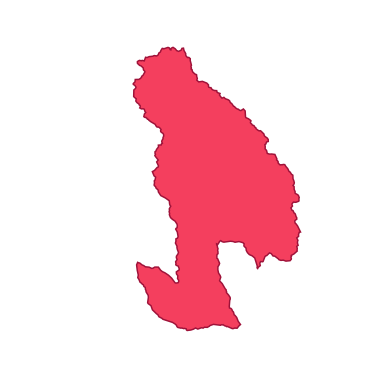 Huari, Áncash, Peru (Natural Earth projection), rotated 149°
{"feature_id": "86281439B67928144642776", "entity_name": "Huari", "entity_type": "district", "adm_level": 2, "iso_a3": "PER", "parent_name": "Peru", "parent_adm1": "Áncash", "projection": "natural_earth1", "projection_center": [-77.04, -9.456], "detail": "fine", "context": "isolated", "style": "filled", "palette": "rose", "viewbox_px": 384, "rotation_deg": 149, "n_neighbors": 0, "source": "geoboundaries", "source_scale": "gbopen_adm2", "svg_char_len": 6058}
<svg xmlns="http://www.w3.org/2000/svg" viewBox="0 0 384 384"><g transform="rotate(149 192 192)"><path d="M147.1,84.4L143.3,82.6L141.6,83.2L141.1,83.8L140.8,85.2L139.8,85.7L139.6,86.5L136.4,86.4L132.2,87.2L132.1,87.8L130.8,89.5L130.2,91.5L128.5,91.6L127.9,94.0L126.7,95.6L126.1,96.0L125.9,98.7L123.4,99.1L122.6,100.7L120.8,102.2L119.6,101.8L119.0,108.4L119.2,111.0L119.6,112.1L119.4,112.9L118.9,114.2L118.1,114.6L116.2,114.7L115.4,116.2L115.5,117.2L114.8,119.9L114.9,120.8L115.3,121.4L115.0,124.0L115.7,124.8L115.4,127.4L113.1,128.2L112.8,129.7L112.3,130.4L110.3,131.1L108.3,129.7L105.3,129.1L104.8,129.4L103.7,131.4L103.0,131.9L102.6,133.7L102.7,135.1L104.2,137.6L104.1,138.2L103.4,139.3L103.1,141.6L101.7,144.1L102.1,145.5L100.3,146.4L99.5,147.3L98.9,149.3L98.6,151.3L96.9,154.5L97.6,156.1L97.6,158.5L98.2,159.5L97.9,162.8L98.4,165.5L98.4,167.7L99.7,168.7L100.9,168.9L101.5,169.5L102.5,169.8L103.1,171.7L103.2,172.7L102.6,173.4L102.6,174.9L103.0,176.0L102.2,176.6L101.6,181.5L104.1,183.5L106.1,184.6L107.6,186.3L106.7,189.2L107.1,191.4L105.9,193.1L105.1,195.1L104.0,195.1L102.3,196.5L100.6,196.0L99.6,197.8L99.7,199.5L100.8,201.9L101.0,203.1L100.5,204.7L101.4,208.4L101.8,209.3L102.9,209.8L103.4,210.5L104.0,211.8L104.5,213.3L104.2,214.2L104.7,215.1L104.7,217.0L105.8,218.3L105.8,219.5L106.3,220.8L106.1,221.6L104.8,222.6L104.9,223.3L105.9,225.7L107.5,228.0L107.4,228.9L104.7,234.1L105.2,236.7L108.1,236.6L109.1,237.5L109.6,239.1L110.3,239.6L111.3,241.6L111.6,243.4L112.2,244.1L112.4,247.5L113.1,248.8L112.8,250.8L113.0,251.4L113.5,252.5L115.4,254.8L115.9,256.7L117.9,257.0L118.2,257.7L118.5,261.0L117.2,262.0L118.6,263.6L119.1,264.7L118.6,266.2L120.2,267.2L121.3,268.4L122.0,269.6L122.0,271.7L122.6,272.0L123.7,273.3L123.4,274.3L122.7,275.3L123.2,277.7L126.1,281.5L129.5,282.9L130.3,285.4L129.0,286.5L128.4,288.8L127.7,290.0L127.9,290.6L128.5,291.1L129.5,294.1L129.4,295.7L128.9,297.0L129.4,297.9L128.6,298.8L128.1,300.4L127.2,300.9L125.8,305.6L124.8,307.2L125.4,309.0L126.6,309.6L127.0,311.6L126.9,312.5L126.1,313.9L126.0,317.4L125.2,319.7L126.6,320.3L128.2,319.2L131.0,319.4L132.3,321.1L132.6,323.3L133.7,325.7L134.3,325.9L136.0,325.9L136.9,324.7L137.4,325.2L137.3,327.3L138.1,328.3L142.5,329.3L143.0,330.1L143.6,330.4L145.8,329.3L147.0,328.3L148.9,328.2L150.2,327.0L151.9,326.8L152.5,327.0L154.1,328.4L155.7,328.6L159.0,330.1L161.3,330.4L162.4,331.4L165.4,329.0L167.0,330.5L167.7,330.5L169.3,331.9L170.9,332.0L171.8,331.8L172.5,330.3L171.7,327.5L170.8,326.5L169.9,323.6L170.7,321.6L170.3,319.8L170.5,319.2L174.0,317.2L175.6,317.1L175.9,316.5L177.7,315.9L179.6,315.9L182.7,317.7L184.1,315.8L186.5,315.2L186.9,314.4L186.1,312.9L186.0,310.7L187.0,309.9L189.3,309.4L192.8,303.9L192.6,302.7L191.8,300.7L193.3,298.9L193.3,298.3L193.1,296.8L192.2,294.8L192.4,293.7L191.9,292.9L192.5,291.6L193.5,291.0L192.6,289.3L190.9,288.4L190.3,287.5L190.8,285.5L190.7,284.0L192.6,283.4L194.5,281.4L194.0,280.3L193.1,279.6L193.0,278.9L192.7,278.6L192.7,277.4L192.1,276.8L192.0,275.7L191.1,273.4L188.7,269.0L188.8,267.0L188.5,265.7L187.3,264.9L186.7,263.9L186.3,261.5L187.3,260.8L187.7,259.9L187.5,258.8L186.7,257.3L186.7,256.1L187.4,254.6L188.9,253.5L189.4,252.6L191.5,251.4L192.1,250.6L192.3,249.0L193.4,249.0L194.1,248.2L196.7,249.5L197.5,247.9L200.4,246.8L201.8,245.7L202.9,245.6L203.8,244.2L203.9,243.1L205.0,242.5L205.1,241.6L204.5,236.8L206.8,236.0L207.3,231.6L208.2,230.8L209.3,231.0L213.0,229.8L215.5,229.9L216.2,225.3L215.5,223.5L217.4,221.4L218.6,221.0L219.4,219.2L220.8,217.6L221.0,216.9L220.5,215.4L220.8,213.6L220.1,211.6L220.2,210.6L220.8,209.4L220.6,205.0L217.9,200.6L216.0,196.2L217.4,193.2L217.7,192.0L217.5,190.8L220.1,189.3L221.0,187.5L221.7,187.0L222.3,185.0L223.1,184.2L223.6,181.1L222.9,178.7L221.5,175.7L221.4,172.2L221.7,171.1L223.1,169.1L224.5,169.0L225.1,168.6L225.2,165.3L226.9,160.9L228.3,159.9L229.7,160.2L230.0,160.0L231.1,158.1L232.5,156.8L232.8,153.2L233.6,152.0L234.2,150.1L234.7,147.2L236.0,146.1L238.4,145.0L239.3,143.7L239.5,141.9L242.0,140.6L242.6,138.9L243.3,138.1L243.3,137.3L242.0,135.6L242.5,132.7L243.1,131.9L246.6,131.6L247.5,129.8L247.3,127.5L249.0,125.2L248.9,123.2L249.6,122.0L250.6,121.4L252.7,122.2L253.3,123.0L253.8,128.6L255.0,132.8L256.9,136.8L258.4,139.0L259.2,141.2L259.5,144.9L262.5,146.8L264.8,146.8L265.9,147.3L267.5,149.7L270.5,151.9L271.3,153.9L272.2,154.9L273.4,158.1L274.2,158.7L274.8,159.7L277.0,158.1L279.3,153.0L280.8,148.5L282.6,146.5L282.5,144.4L283.0,141.5L282.3,139.9L282.1,138.6L281.5,137.5L281.9,135.7L281.2,134.3L282.1,132.5L282.2,131.2L282.8,130.1L282.8,125.9L283.7,124.1L287.0,120.0L287.1,119.0L285.7,115.7L286.6,111.4L285.1,105.7L284.5,104.6L284.6,102.1L282.8,99.1L282.5,97.9L275.8,90.2L274.4,87.4L274.0,85.9L274.2,84.2L273.9,83.2L271.7,81.1L270.7,80.6L269.4,79.1L268.6,78.9L268.0,78.3L267.4,77.6L267.8,76.7L267.5,75.8L264.1,74.3L261.6,73.7L259.0,73.6L257.6,71.5L253.9,70.8L252.5,69.6L251.0,69.7L248.6,68.1L246.1,68.0L245.5,68.3L241.8,67.5L236.2,63.1L235.3,63.2L234.6,62.5L233.7,62.3L233.0,60.6L232.1,59.7L231.6,58.7L230.9,58.5L227.8,54.1L226.8,53.6L225.5,53.4L223.5,52.0L220.6,53.1L218.7,53.4L219.0,57.4L218.3,61.5L218.7,64.1L219.1,65.0L218.3,67.7L218.6,69.4L218.3,70.8L218.6,72.2L219.6,73.2L219.0,74.7L215.5,79.6L214.3,80.6L213.6,82.1L213.7,84.9L214.3,88.0L213.7,88.7L213.6,89.6L213.1,90.6L213.4,91.9L213.3,97.9L214.1,101.7L211.2,104.2L210.9,106.1L211.0,108.8L209.9,112.0L208.3,114.6L206.6,115.4L205.1,116.6L204.4,121.5L204.8,122.4L203.5,124.6L202.6,125.6L201.5,125.7L200.4,127.7L200.1,128.8L198.9,130.0L198.6,131.7L197.9,133.0L198.1,133.9L197.6,134.9L197.0,134.0L196.5,133.9L193.8,135.4L192.4,135.5L191.7,133.8L190.5,132.6L184.4,130.0L182.3,128.4L181.0,126.8L177.2,125.3L174.5,122.4L174.0,120.8L175.0,119.5L175.3,118.7L174.6,116.1L175.6,113.9L175.7,111.4L175.1,108.8L173.3,106.3L172.2,103.1L174.2,94.9L175.3,93.5L175.1,92.6L174.1,93.3L171.4,93.7L170.6,96.0L169.3,96.9L168.8,97.0L167.8,96.0L166.9,95.8L162.8,99.0L161.9,99.3L160.7,99.0L157.0,99.9L155.8,98.4L155.5,95.4L154.1,94.4L152.5,90.4L152.3,89.1L151.0,87.6L148.9,86.6L147.1,84.4Z" fill="#f43f5e" stroke="#9f1239" stroke-width="1.5"/></g></svg>